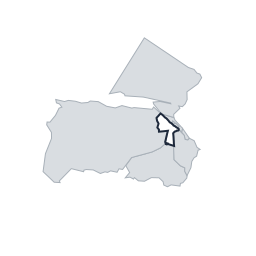 Jordan highlighted among its neighbors, rotated 122°
{"feature_id": "JOR", "entity_name": "Jordan", "entity_type": "country or territory", "adm_level": 0, "iso_a3": "JOR", "parent_name": "Asia", "parent_adm1": "", "projection": "equal_earth", "projection_center": [36.712, 31.281], "detail": "fine", "context": "with_neighbors", "style": "outline", "palette": "slate", "viewbox_px": 256, "rotation_deg": 122, "n_neighbors": 7, "source": "natural_earth", "source_scale": "50m", "svg_char_len": 3386}
<svg xmlns="http://www.w3.org/2000/svg" viewBox="0 0 256 256"><g transform="rotate(122 128 128)"><path d="M103.2,80.1L101.7,86.3L99.8,85.4L98.6,90.1L100.0,90.9L98.6,91.8L98.4,93.7L100.9,92.8L101.0,95.5L98.3,107.0L94.8,94.7L96.4,92.3L99.4,81.5L103.2,80.1Z" fill="#d9dde1" stroke="#a8b0b8" stroke-width="1"/><path d="M103.2,80.1L99.5,81.4L104.2,70.5L106.5,70.9L107.4,73.6L104.5,76.3L103.2,80.1Z" fill="#d9dde1" stroke="#a8b0b8" stroke-width="1"/><path d="M100.9,92.8L98.4,93.7L98.6,91.8L100.0,90.9L98.6,90.1L99.8,85.4L101.7,86.3L100.9,92.8Z" fill="#d9dde1" stroke="#a8b0b8" stroke-width="1"/><path d="M121.1,88.0L118.9,79.4L130.5,72.1L132.3,63.7L131.7,58.7L134.6,57.0L137.1,52.7L139.3,51.6L145.4,52.5L147.2,54.2L149.7,53.1L153.4,61.3L156.9,63.4L157.4,67.4L154.9,69.8L153.8,75.3L157.7,81.9L164.4,85.8L167.3,91.2L166.7,96.3L168.4,96.3L168.6,100.2L171.7,103.9L164.9,103.0L161.1,109.9L151.1,109.3L135.6,94.9L127.6,89.9L121.1,88.0Z" fill="#d9dde1" stroke="#a8b0b8" stroke-width="1"/><path d="M102.6,84.1L104.5,76.3L107.4,73.6L106.5,70.9L104.2,70.5L103.7,65.2L107.8,59.3L108.0,55.5L109.7,56.8L115.5,54.9L118.2,56.2L122.5,56.2L128.4,53.6L137.1,52.7L134.6,57.0L131.7,58.7L132.3,63.7L130.5,72.1L108.6,86.9L102.6,84.1Z" fill="#d9dde1" stroke="#a8b0b8" stroke-width="1"/><path d="M98.4,108.0L104.4,109.2L108.1,104.4L112.2,103.4L113.0,101.0L114.8,99.7L109.5,92.6L121.1,88.0L127.6,89.9L135.6,94.9L151.1,109.3L166.0,110.6L167.4,114.0L171.3,113.8L173.6,120.1L176.4,121.7L177.4,124.3L181.2,127.3L182.0,135.3L185.4,141.5L187.1,143.0L188.6,142.5L192.5,154.5L209.3,158.2L210.3,156.7L213.1,161.9L210.0,176.9L193.5,184.4L177.4,187.3L172.3,190.6L168.4,198.6L165.8,199.8L164.4,197.3L155.7,196.2L147.7,197.0L145.4,195.1L143.9,198.8L144.6,202.0L142.1,204.4L139.2,195.9L136.2,193.2L133.2,186.8L131.5,180.7L127.6,175.5L125.1,174.3L121.4,167.2L120.9,157.6L117.7,149.4L112.2,145.0L109.1,135.3L107.5,133.7L99.3,117.4L96.6,117.4L98.4,108.0Z" fill="#d9dde1" stroke="#a8b0b8" stroke-width="1"/><path d="M108.8,161.9L42.9,161.9L44.7,108.9L43.3,103.1L44.9,98.7L44.2,95.6L46.3,92.2L53.4,92.1L66.1,97.2L72.6,92.9L77.3,92.3L81.1,93.2L82.5,96.7L83.7,94.4L92.2,96.5L94.8,94.7L98.3,107.0L94.0,119.1L92.7,120.4L88.5,114.8L84.8,104.5L84.3,105.1L93.6,131.3L102.3,147.6L101.2,148.9L101.3,153.7L108.8,161.9Z" fill="#d9dde1" stroke="#a8b0b8" stroke-width="1"/><path d="M103.0,83.9L103.6,84.1L103.9,84.4L104.4,85.3L105.3,85.6L105.6,85.9L106.1,86.4L106.7,86.6L108.5,86.9L109.9,85.8L111.1,84.9L112.5,83.9L113.4,83.3L115.0,82.1L116.1,81.4L117.5,80.4L118.8,79.4L119.2,81.0L119.6,82.5L120.0,84.1L120.4,85.6L120.0,85.8L120.3,87.0L120.8,86.8L121.4,86.6L121.6,87.4L120.9,88.2L120.1,89.1L119.9,89.2L118.9,89.5L116.8,90.2L115.4,90.7L113.6,91.3L112.1,91.8L110.6,92.3L109.2,92.7L110.0,93.7L111.2,95.2L112.0,96.2L113.0,97.5L113.8,98.6L114.7,99.8L114.1,100.2L113.0,100.9L112.9,101.0L112.4,102.4L112.1,103.3L110.5,103.8L109.1,104.1L108.1,104.4L107.9,104.6L107.3,105.8L106.6,107.0L105.6,108.0L104.4,109.1L104.1,109.2L103.3,109.0L101.9,108.7L100.5,108.5L99.6,108.3L98.4,108.0L98.6,107.1L98.5,106.6L98.8,104.9L99.0,104.1L99.1,103.5L99.5,102.4L99.4,102.0L99.5,100.6L99.5,100.4L99.7,99.6L100.0,98.6L100.3,97.6L100.4,97.2L100.8,96.4L101.1,95.3L100.9,94.7L101.0,93.9L101.2,92.8L101.2,92.2L101.4,91.5L101.8,90.8L101.6,89.2L101.6,88.4L101.8,87.4L101.7,86.3L101.8,84.7L102.0,84.4L102.7,84.0L103.0,83.9Z" fill="none" stroke="#1e293b" stroke-width="2"/></g></svg>